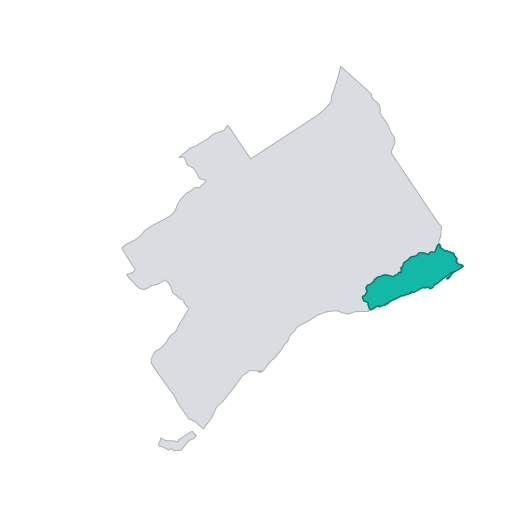 location of Namibe within Angola, rotated 236°
{"feature_id": "AGO-1893", "entity_name": "Namibe", "entity_type": "Province", "adm_level": 1, "iso_a3": "AGO", "parent_name": "Angola", "parent_adm1": "", "projection": "equal_earth", "projection_center": [12.66, -15.394], "detail": "fine", "context": "in_parent", "style": "filled", "palette": "teal", "viewbox_px": 512, "rotation_deg": 236, "n_neighbors": 0, "source": "natural_earth", "source_scale": "10m", "svg_char_len": 8061}
<svg xmlns="http://www.w3.org/2000/svg" viewBox="0 0 512 512"><g transform="rotate(236 256 256)"><path d="M380.8,247.5L381.2,251.1L381.6,256.1L381.9,259.7L382.2,261.3L382.3,262.1L381.9,263.1L381.6,265.2L381.0,267.1L380.6,268.5L380.8,270.9L380.3,278.1L380.2,281.7L380.9,288.1L380.7,290.1L379.0,295.9L378.4,298.9L378.3,300.4L380.0,304.7L379.9,305.6L378.6,305.8L377.5,305.9L339.5,305.9L338.4,380.3L338.3,386.6L339.4,394.9L341.5,404.0L342.3,404.9L344.6,406.5L347.6,409.9L349.3,412.5L352.8,417.0L357.4,422.7L365.8,432.3L337.0,439.5L326.0,442.1L325.1,442.0L323.5,441.0L319.9,440.8L315.8,442.2L312.5,442.6L310.1,442.0L307.7,440.8L305.5,439.0L301.5,438.4L295.8,438.8L290.3,438.5L285.0,437.3L281.3,436.9L279.0,437.1L276.5,436.7L274.0,435.7L271.8,434.0L269.2,430.4L267.2,427.0L266.7,426.5L266.0,425.9L265.4,425.8L254.1,425.6L185.1,425.5L177.1,426.0L176.5,425.9L175.5,425.5L174.8,424.7L172.6,422.8L170.6,421.3L167.9,418.8L166.2,416.0L164.8,415.2L162.2,414.7L160.2,414.2L158.7,414.1L155.9,415.4L153.8,416.7L152.3,417.9L149.7,419.3L147.5,420.7L143.7,420.5L142.9,420.7L140.7,420.6L138.7,419.4L136.7,419.5L134.5,421.1L131.3,421.7L132.0,411.5L132.8,406.9L132.8,401.5L132.3,387.4L131.7,385.5L131.4,383.2L133.4,381.5L134.4,380.2L135.7,377.8L136.7,374.6L137.9,367.3L142.1,350.7L144.0,334.3L146.6,326.6L147.5,317.9L154.6,306.7L156.3,299.7L160.0,296.4L165.2,292.7L168.9,286.3L170.7,281.9L172.7,273.3L172.7,264.4L174.0,252.5L173.7,249.1L171.8,244.3L171.5,240.9L169.7,237.6L167.7,235.0L166.8,230.5L163.5,223.4L162.6,218.7L161.0,215.3L160.8,211.1L159.9,206.6L158.3,202.2L156.7,197.2L156.7,195.6L157.7,193.7L158.6,193.1L158.3,194.1L157.7,195.2L157.8,196.1L164.1,187.3L164.5,185.5L164.3,183.6L164.2,181.2L164.5,178.5L158.6,162.2L153.9,147.0L153.1,139.4L146.9,129.3L144.5,122.7L143.1,118.1L142.0,116.4L142.4,115.5L144.0,115.3L147.6,114.2L152.4,113.1L156.9,110.4L158.2,109.2L160.5,109.0L163.0,109.7L163.9,109.2L164.4,109.1L170.1,109.1L172.5,108.9L176.9,109.0L179.6,109.2L181.2,109.5L185.5,110.0L190.8,109.9L192.7,109.6L199.7,109.5L212.8,109.2L219.7,109.2L224.9,109.2L227.3,110.2L229.5,112.0L230.5,113.7L230.9,114.4L231.6,116.1L232.7,117.5L233.2,119.6L232.8,122.5L233.0,126.0L233.7,130.1L235.1,134.3L237.3,138.8L238.2,142.4L237.9,145.0L238.6,147.8L240.2,150.7L241.4,152.2L242.0,153.4L243.9,157.9L249.8,170.4L250.7,171.0L252.0,170.8L254.8,170.3L257.5,170.2L259.5,171.3L260.3,171.1L263.2,168.9L266.2,168.3L269.3,167.4L270.9,166.5L272.7,166.5L277.8,168.2L278.7,168.3L282.8,168.3L286.8,167.4L287.5,160.2L287.5,158.8L288.5,156.0L289.8,153.7L289.9,151.4L289.9,148.4L290.8,144.6L293.5,141.7L298.0,140.3L300.5,140.0L304.4,139.2L310.4,138.3L312.7,138.4L312.8,138.8L311.5,144.0L311.5,145.7L311.9,147.4L313.0,148.3L324.9,148.5L336.4,149.1L337.1,149.3L337.6,149.7L338.3,152.3L338.1,157.3L336.9,164.6L337.3,171.4L339.2,177.7L339.3,187.4L337.6,200.5L337.2,208.8L338.1,212.3L339.9,215.9L342.7,219.7L344.9,224.6L346.4,230.6L347.0,234.4L346.5,235.9L346.5,238.7L347.0,242.5L346.4,245.0L344.8,246.3L344.3,248.0L345.0,251.3L345.2,254.3L346.2,256.3L347.0,256.5L348.6,255.4L350.5,253.4L352.0,252.5L354.2,252.6L357.2,253.2L362.6,253.4L364.2,253.0L369.2,250.3L370.5,250.1L372.5,250.4L375.3,251.2L378.1,251.4L379.4,250.5L379.6,249.4L380.0,248.0L380.8,247.5ZM158.3,75.1L157.9,75.6L155.7,76.8L153.2,78.0L150.1,82.6L148.4,84.7L148.0,85.2L146.5,86.3L145.5,87.2L145.5,87.8L146.2,88.4L146.9,89.4L146.9,97.0L146.5,104.5L146.1,105.2L144.1,105.4L141.4,105.9L140.6,106.3L140.3,105.5L139.4,102.8L139.9,100.2L140.4,98.2L139.8,94.3L138.5,90.7L137.0,86.2L136.6,85.4L137.8,83.9L139.6,80.8L140.4,79.1L142.5,78.8L143.3,77.6L143.9,75.8L144.1,74.7L146.5,73.8L149.4,72.3L151.0,70.6L152.6,69.5L153.6,69.4L154.3,69.9L156.2,72.8L157.7,74.7L158.3,75.1Z" fill="#d9dde1" stroke="#a8b0b8" stroke-width="1"/><path d="M160.4,414.0L160.0,413.6L159.5,413.7L159.1,413.9L156.9,414.4L155.8,415.2L155.2,415.3L154.8,415.6L154.3,415.8L154.2,416.0L154.2,416.3L154.1,416.6L153.9,416.7L153.6,416.9L153.4,417.0L153.1,417.6L153.0,417.8L152.3,418.1L151.4,418.6L150.7,419.4L150.3,419.7L149.8,419.8L149.3,420.0L148.4,421.0L147.9,421.3L147.6,421.3L146.9,421.1L145.7,421.0L145.4,420.8L144.9,420.5L144.7,420.5L144.4,420.8L144.1,420.9L142.8,420.9L141.3,421.1L141.3,420.9L141.2,420.7L141.1,420.4L140.9,420.3L140.7,420.2L140.3,419.9L140.2,419.8L140.1,419.5L140.1,419.3L140.0,419.2L139.9,419.0L139.7,418.9L139.6,419.0L139.3,419.2L138.6,418.9L138.4,418.7L138.2,418.7L138.1,418.8L137.0,419.0L136.1,419.3L135.3,419.9L134.3,420.8L133.5,421.3L133.1,421.6L133.0,421.8L133.0,422.0L132.9,422.1L132.6,422.2L132.3,422.1L132.0,421.9L131.7,421.8L131.7,421.6L131.6,421.4L131.5,421.2L131.4,420.8L131.4,420.5L131.6,419.4L131.6,415.9L131.8,413.5L132.0,411.4L131.7,409.5L131.7,408.7L132.1,408.5L132.2,409.7L132.5,410.2L132.8,409.0L132.7,406.9L132.9,406.2L132.7,403.7L132.8,400.8L131.9,390.5L132.0,390.0L132.0,389.5L132.5,388.3L132.0,387.0L131.1,385.1L131.0,383.9L131.4,382.3L131.6,382.1L132.0,381.7L132.4,381.5L132.6,381.7L132.7,382.1L133.0,382.3L133.2,382.2L134.3,380.9L134.4,380.5L134.5,380.1L134.5,379.4L134.6,379.0L135.0,378.3L136.2,377.4L136.5,376.8L136.6,376.0L137.0,373.9L137.2,373.2L137.0,372.5L137.1,371.7L137.3,370.1L137.5,366.9L137.6,366.5L137.8,366.1L138.5,365.3L138.7,365.2L139.0,365.4L139.3,365.2L139.4,364.7L139.4,364.2L139.3,363.8L139.0,363.6L138.8,363.7L138.7,363.7L138.7,363.1L138.9,362.3L139.4,360.6L139.5,359.7L139.6,359.3L139.8,359.0L140.1,358.7L140.2,358.4L140.3,358.1L140.5,356.6L140.5,356.2L140.7,355.8L140.9,355.8L141.0,355.8L141.1,355.7L141.3,355.4L141.5,354.6L141.9,353.8L141.9,353.3L141.8,352.8L141.8,352.3L141.8,351.9L142.0,351.3L142.3,349.3L142.4,347.1L142.5,346.8L142.8,346.1L143.1,345.1L143.3,343.3L143.4,341.5L143.3,340.6L143.1,339.7L142.9,339.3L142.9,339.1L142.9,338.8L142.8,338.7L142.8,338.4L142.7,338.2L142.8,338.0L143.1,338.0L143.3,337.9L143.5,337.7L143.6,337.4L143.6,337.1L143.6,336.9L143.4,336.5L143.2,336.2L143.0,335.8L143.4,335.1L143.5,334.5L143.9,333.9L144.0,333.5L144.0,333.0L144.1,332.6L144.5,331.9L144.5,331.7L144.6,330.7L144.6,330.3L144.8,329.9L145.3,329.7L145.5,329.5L145.9,329.8L146.1,329.9L146.6,329.3L146.7,328.3L146.8,325.5L146.8,322.8L146.8,322.5L147.1,321.7L147.2,321.4L147.8,320.8L148.2,320.6L148.8,320.5L150.7,321.0L151.7,321.4L153.1,321.7L154.0,322.5L154.5,322.7L155.0,322.5L157.2,321.4L157.6,321.1L157.9,320.6L158.2,320.3L158.7,320.2L162.5,321.3L162.8,321.7L162.8,322.2L162.6,323.5L162.5,324.1L162.6,324.7L162.9,325.3L163.6,326.6L164.2,327.9L164.4,328.4L164.8,328.7L165.8,328.5L166.4,328.7L167.2,329.0L167.5,329.1L168.1,329.1L168.4,330.0L168.6,330.4L169.0,330.9L169.2,331.5L169.4,332.1L169.2,332.8L169.1,333.2L168.8,334.0L168.5,335.5L169.1,337.9L169.0,338.8L169.0,339.4L169.4,340.0L169.8,340.3L170.2,340.8L170.5,345.2L169.5,347.7L169.2,349.2L169.2,349.8L169.0,350.5L168.6,351.7L168.2,352.4L167.7,353.2L163.9,356.6L163.5,357.0L163.1,357.2L162.7,357.5L162.3,358.0L162.1,358.8L162.2,360.8L162.2,361.2L161.7,362.2L161.6,362.6L161.6,363.2L162.4,364.9L162.4,365.4L162.2,365.8L161.4,366.4L161.1,366.8L161.1,367.3L161.4,367.7L162.3,367.8L162.8,368.0L163.0,368.6L163.1,369.2L163.4,369.6L163.8,369.6L164.3,369.2L164.7,369.0L165.1,369.4L165.2,369.9L165.3,371.6L165.5,372.2L165.9,372.7L166.3,373.2L167.0,373.6L167.7,375.0L167.8,380.5L168.6,382.9L168.6,383.6L168.4,384.3L167.0,387.6L166.8,388.3L166.6,389.1L166.6,389.7L166.7,390.3L167.2,392.0L167.3,392.8L166.9,394.0L166.7,394.2L166.4,394.5L165.0,396.5L164.5,397.1L163.8,397.6L163.7,397.7L163.2,398.0L162.9,398.2L162.6,398.3L162.4,398.4L162.0,399.1L161.9,399.2L161.7,399.2L161.4,399.3L161.2,399.5L161.0,399.9L160.7,400.5L161.1,401.0L161.3,401.2L161.4,401.4L161.6,401.8L161.6,402.3L161.5,403.2L161.1,403.9L160.7,404.4L160.2,404.7L159.8,405.2L159.6,405.8L159.5,406.5L159.7,407.2L160.6,408.6L162.8,411.5L163.3,412.8L163.6,414.1L163.1,414.3L162.8,414.1L162.5,414.2L162.0,414.6L162.0,414.4L161.8,414.5L161.6,414.4L161.1,414.4L160.9,414.2L160.6,413.8L160.4,414.0ZM130.9,404.6L130.9,405.6L131.1,406.6L131.1,407.0L130.7,406.4L130.4,405.6L129.7,402.9L129.8,402.2L130.0,401.9L130.4,401.4L130.8,401.5L130.8,402.9L130.9,403.5L130.9,404.6Z" fill="#14b8a6" stroke="#0f766e" stroke-width="1.5"/></g></svg>